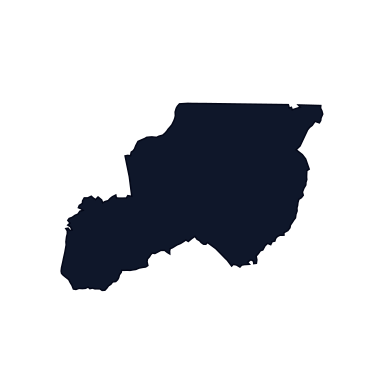 Goioerê, Paraná, Brazil, rotated 342°
{"feature_id": "56859067B5093920016557", "entity_name": "Goioerê", "entity_type": "district", "adm_level": 2, "iso_a3": "BRA", "parent_name": "Brazil", "parent_adm1": "Paraná", "projection": "orthographic", "projection_center": [-53.086, -24.172], "detail": "fine", "context": "isolated", "style": "filled", "palette": "ink", "viewbox_px": 384, "rotation_deg": 342, "n_neighbors": 0, "source": "geoboundaries", "source_scale": "gbopen_adm2", "svg_char_len": 2797}
<svg xmlns="http://www.w3.org/2000/svg" viewBox="0 0 384 384"><g transform="rotate(342 192 192)"><path d="M48.2,240.4L49.0,243.7L49.2,247.6L51.5,248.8L54.7,248.7L57.9,250.0L60.9,250.7L63.8,250.3L65.0,252.4L67.6,252.6L69.7,254.1L71.7,254.7L74.5,255.7L76.1,257.8L78.8,258.5L81.3,257.1L83.6,255.4L86.3,254.7L88.7,253.0L91.8,253.6L94.2,252.4L95.8,250.8L97.4,248.3L99.8,246.6L101.0,244.7L103.2,245.5L106.3,246.4L108.9,247.4L111.8,247.8L114.6,248.3L118.2,248.0L121.4,248.4L124.8,249.0L127.3,248.3L127.7,244.4L129.0,241.9L131.5,240.5L133.3,238.9L135.3,237.8L137.7,239.0L141.4,238.4L144.2,237.9L147.9,239.0L149.8,241.8L151.7,244.0L152.5,241.1L153.8,239.1L156.0,239.0L158.1,238.5L161.4,237.7L165.2,237.4L169.2,236.4L171.3,235.7L173.2,237.9L177.4,236.2L181.1,235.1L182.2,238.5L184.2,240.7L185.1,242.9L186.8,245.2L189.0,246.0L191.1,244.8L197.1,253.2L200.2,259.4L203.1,265.3L204.4,267.7L206.8,274.7L208.9,273.6L211.7,275.1L214.4,278.2L216.6,276.9L219.2,277.2L224.3,278.5L223.2,275.9L227.1,274.6L229.1,276.8L228.6,279.2L231.2,279.7L232.7,276.6L233.2,272.8L236.1,271.1L238.8,269.0L241.4,269.0L244.9,265.7L248.0,264.2L250.6,266.4L252.9,264.0L255.6,264.3L257.2,262.0L259.5,260.7L262.2,260.3L266.1,261.5L266.9,259.1L271.2,258.3L274.1,256.3L275.4,253.9L278.1,251.8L280.3,250.0L282.4,248.6L283.9,245.4L286.1,242.5L286.9,239.5L288.2,237.6L289.4,234.9L291.3,232.0L294.3,231.2L296.8,229.5L297.0,226.2L299.5,223.1L302.4,220.5L303.4,217.9L305.0,215.7L305.6,213.2L306.6,210.4L307.8,207.2L310.5,206.5L310.3,195.7L308.5,190.6L304.1,184.0L309.0,181.6L321.2,168.6L323.8,166.9L326.9,165.8L330.8,162.8L334.5,165.6L336.5,163.8L337.6,161.5L340.4,158.3L340.6,155.2L340.2,152.0L341.2,149.6L319.9,142.0L321.2,144.8L316.1,144.8L312.7,144.8L312.7,142.2L310.5,142.2L310.6,138.7L260.5,121.7L231.1,111.7L220.5,108.2L215.4,106.4L207.3,104.3L204.5,106.0L202.9,107.5L200.7,110.7L199.7,114.4L198.5,116.4L196.9,118.5L193.6,121.9L190.9,123.6L188.8,124.8L186.9,126.3L184.7,127.6L181.7,128.9L177.9,128.7L175.3,129.1L172.9,128.1L170.9,127.2L168.5,126.6L165.8,126.0L163.7,126.5L160.3,126.8L156.3,127.2L152.9,130.5L150.5,133.4L148.6,134.7L146.5,135.3L144.8,138.5L142.1,137.3L139.5,137.0L137.1,158.1L133.4,177.5L129.8,175.6L127.7,177.5L123.5,176.2L120.4,175.2L118.2,174.2L118.6,171.3L114.8,171.9L112.1,172.9L109.7,174.3L106.3,174.2L103.7,174.7L103.6,171.6L101.1,167.7L97.9,169.4L96.1,167.0L94.9,164.9L91.0,165.4L87.7,164.3L85.2,166.6L84.2,169.0L80.7,169.9L79.1,171.8L81.5,173.8L82.7,175.8L79.5,175.6L76.6,177.8L73.6,178.0L70.1,179.1L67.0,179.2L65.1,180.6L66.4,183.9L63.6,185.1L65.7,187.5L66.2,191.0L64.0,190.9L63.0,188.1L60.7,187.8L61.4,190.4L60.5,193.2L58.8,195.9L56.7,200.4L56.0,203.4L52.4,210.2L49.2,215.6L47.7,218.3L44.5,223.7L43.1,226.8L42.8,229.1L43.9,231.5L47.7,237.2L48.2,240.4Z" fill="#0f172a" stroke="#020617" stroke-width="1.5"/></g></svg>